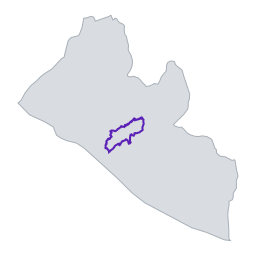 District #3, Grand Bassa, Liberia shown in context
{"feature_id": "62588387B53220692513074", "entity_name": "District #3", "entity_type": "district", "adm_level": 2, "iso_a3": "LBR", "parent_name": "Liberia", "parent_adm1": "Grand Bassa", "projection": "orthographic", "projection_center": [-9.497, 6.317], "detail": "fine", "context": "in_parent", "style": "outline", "palette": "violet", "viewbox_px": 256, "rotation_deg": 0, "n_neighbors": 0, "source": "geoboundaries", "source_scale": "gbopen_adm2", "svg_char_len": 6533}
<svg xmlns="http://www.w3.org/2000/svg" viewBox="0 0 256 256"><path d="M18.0,103.0L20.9,100.6L25.1,92.9L30.9,85.5L36.4,81.1L40.7,76.6L45.3,73.1L51.8,69.1L61.8,58.4L64.1,57.2L65.8,49.8L68.3,40.4L71.2,37.5L77.9,35.8L79.5,34.2L82.0,27.5L83.5,19.8L83.7,18.2L86.3,18.0L90.9,16.3L93.5,17.1L94.7,19.3L95.3,21.2L109.1,16.4L110.4,15.4L111.1,15.5L112.8,19.9L113.8,19.6L114.7,18.4L115.6,18.2L116.7,18.8L117.8,20.8L119.5,22.6L122.5,23.9L124.4,25.7L124.2,30.3L124.9,34.8L126.2,35.9L126.9,38.6L127.3,41.5L128.0,43.1L128.5,46.0L128.2,49.2L128.8,51.5L131.0,55.4L132.4,60.3L132.4,63.7L131.6,67.4L130.1,70.7L127.5,74.3L127.3,75.8L128.8,76.7L131.2,76.9L133.1,76.2L138.0,77.8L140.6,80.2L142.9,83.2L144.9,84.7L145.8,86.5L149.3,86.0L153.4,84.2L154.2,83.4L155.4,83.8L158.0,84.0L159.8,80.8L161.3,77.0L164.4,73.0L166.0,71.4L166.4,68.9L166.5,65.5L167.6,62.7L170.2,61.1L173.0,61.1L174.6,61.7L175.3,64.5L177.6,66.6L179.5,68.0L180.5,68.7L182.1,70.3L183.7,75.9L189.7,94.1L189.4,99.1L188.2,102.4L188.2,105.6L187.8,108.8L184.2,114.0L173.4,124.6L174.2,125.6L176.8,126.8L179.4,127.4L181.6,127.1L184.3,129.7L187.2,133.1L190.3,134.8L194.8,136.3L198.7,136.5L202.0,135.9L206.7,136.5L211.7,139.3L213.4,143.8L214.7,147.8L216.4,149.8L216.6,153.2L220.2,156.2L225.2,156.8L231.8,160.3L233.5,160.2L234.2,159.7L235.0,160.4L236.7,170.6L238.0,176.0L237.3,178.2L236.4,179.9L236.4,188.2L233.4,193.0L233.0,198.2L232.1,199.9L229.0,201.4L229.0,205.4L228.1,210.2L227.8,215.3L228.8,228.7L228.9,238.8L230.4,240.6L224.2,239.8L206.0,232.2L192.0,227.9L145.1,203.0L132.1,192.9L117.1,178.0L83.8,147.8L76.2,143.0L66.6,140.6L60.7,138.0L56.6,135.2L53.2,126.9L44.9,121.9L29.5,114.8L18.0,103.0Z" fill="#d9dde1" stroke="#a8b0b8" stroke-width="1"/><path d="M134.2,118.6L134.3,118.8L134.3,119.0L134.2,119.4L133.9,119.5L133.7,119.6L133.4,119.7L133.3,119.8L133.1,120.1L132.7,120.2L132.4,120.3L132.2,120.6L132.3,120.8L132.3,121.0L131.7,121.7L131.4,121.9L131.2,122.1L130.9,122.2L130.7,121.7L129.9,122.4L129.4,122.8L129.4,123.1L129.1,123.6L129.0,123.8L128.7,124.1L128.2,124.0L128.1,123.9L127.9,123.9L127.9,124.2L128.0,124.4L128.0,124.6L127.9,124.7L127.7,124.7L127.4,124.4L127.1,124.4L127.0,124.5L127.0,124.8L127.0,125.0L126.8,125.1L126.7,125.1L126.5,124.8L126.4,124.8L126.4,125.2L126.4,125.4L126.2,125.5L125.8,125.3L125.7,125.2L125.4,125.0L125.1,125.0L125.1,125.3L125.3,125.5L125.2,125.7L125.3,125.8L125.3,126.0L125.2,126.0L124.9,125.9L124.7,125.9L124.6,126.0L124.4,126.3L124.2,126.5L124.2,126.9L123.6,126.7L123.4,126.8L123.1,126.9L122.9,126.9L122.6,126.6L122.4,126.6L122.0,126.3L121.8,126.3L121.7,126.2L120.9,126.4L120.9,126.6L120.9,126.8L121.0,127.1L120.8,127.3L120.5,127.4L120.1,127.5L119.8,127.7L119.3,128.1L119.2,128.3L118.9,128.5L118.5,128.6L118.2,128.8L117.7,129.0L117.5,129.3L117.5,129.6L117.4,129.8L116.8,130.1L116.5,130.3L116.3,130.6L116.2,130.6L115.7,130.9L115.3,131.1L115.0,131.2L114.6,131.1L114.1,130.8L113.2,130.5L112.9,130.5L112.7,130.6L112.3,130.6L111.9,130.6L111.5,130.5L111.3,130.6L111.1,130.8L110.6,130.9L110.6,131.2L110.4,131.7L110.6,131.9L110.9,131.8L111.2,131.8L111.4,132.0L111.5,132.2L111.6,132.5L111.6,132.8L111.4,133.1L111.1,133.4L110.7,134.0L110.4,134.7L110.3,135.1L110.5,135.2L110.8,135.3L110.9,135.6L111.1,135.8L111.1,136.0L111.4,136.4L111.6,136.6L111.5,136.9L111.4,137.0L111.1,137.1L110.8,137.2L110.5,137.5L110.4,137.7L110.4,138.0L110.1,138.3L109.9,138.5L109.8,138.9L109.7,139.0L109.4,139.1L109.1,139.0L108.8,138.6L108.6,138.6L108.4,138.6L108.1,138.8L108.1,139.0L108.0,139.3L107.7,139.9L107.6,140.0L107.4,139.8L107.2,140.0L107.2,140.3L107.0,140.5L106.7,140.8L106.5,141.1L106.3,141.3L106.4,141.7L106.4,142.2L106.6,142.4L106.7,142.7L106.6,143.0L106.3,143.2L106.2,143.4L106.6,143.7L106.6,143.9L106.3,144.4L106.2,144.6L105.9,144.8L105.6,145.0L105.5,145.5L105.6,146.1L105.6,146.8L105.6,147.2L105.4,148.0L105.5,148.1L105.7,148.3L106.1,148.3L106.7,148.2L107.1,148.3L107.3,148.6L107.4,149.1L107.7,149.5L108.5,150.2L108.9,150.5L108.8,151.0L109.0,151.2L109.1,151.9L109.1,152.0L110.0,151.3L110.3,150.9L110.5,150.5L110.9,150.2L111.2,150.0L111.6,149.8L111.9,149.5L112.2,149.2L113.4,148.4L113.4,148.2L113.6,147.9L113.9,147.4L114.1,147.1L114.3,147.1L114.5,146.9L114.7,146.2L115.0,145.9L115.2,145.7L115.7,145.3L116.0,145.2L116.8,144.7L117.1,144.5L117.5,144.2L117.9,144.0L118.3,143.8L118.7,143.7L119.1,143.6L119.3,143.6L119.2,143.9L118.9,144.3L118.9,144.6L119.1,144.7L119.2,145.0L119.4,145.1L119.6,145.2L119.8,144.9L120.0,144.6L120.1,144.4L120.3,144.4L120.3,144.2L120.5,143.7L120.7,143.4L121.0,143.1L121.1,142.9L121.3,142.6L121.4,142.3L121.6,142.2L122.2,141.2L122.3,141.1L122.5,141.2L123.1,141.1L123.3,141.1L124.1,140.7L124.3,140.6L124.4,140.4L124.7,140.4L125.0,140.3L125.3,140.2L125.6,139.9L125.9,139.3L126.2,139.3L126.6,139.6L127.2,140.1L127.5,140.4L128.1,141.6L128.4,142.2L128.6,143.2L128.7,143.4L128.9,143.5L129.1,143.4L129.3,143.4L129.3,143.5L129.5,143.4L129.9,143.3L130.1,143.1L130.1,142.7L130.4,142.5L130.3,142.4L130.4,142.1L130.4,141.9L130.2,141.5L130.2,141.4L130.0,141.1L130.0,140.9L129.9,140.7L130.0,140.3L129.9,140.2L129.9,139.7L129.8,139.4L129.9,139.2L130.0,139.2L130.0,138.8L130.0,138.5L130.0,138.1L130.0,137.9L130.0,137.7L130.0,137.4L130.0,137.1L130.1,136.9L130.3,136.8L130.3,136.5L130.3,136.4L130.4,135.9L130.3,135.7L130.3,135.4L130.5,135.1L130.7,134.5L130.8,134.4L130.8,134.2L130.9,134.4L131.1,134.5L131.3,134.3L131.5,134.4L131.5,134.5L131.9,134.8L131.9,135.0L132.0,135.0L132.4,135.2L132.5,135.3L133.0,135.4L133.3,135.4L133.6,135.5L133.7,135.4L133.8,135.5L134.2,134.8L134.3,134.7L134.5,134.3L134.4,133.9L134.4,133.6L134.5,133.2L134.9,133.1L135.1,133.1L135.6,133.0L135.9,133.1L136.2,133.1L136.6,133.2L136.9,133.2L137.3,133.1L137.5,132.9L137.9,132.7L138.3,132.6L139.0,132.5L139.3,132.4L139.5,132.4L139.9,132.1L140.4,131.5L140.7,131.3L141.0,131.1L141.5,130.9L141.8,130.7L142.7,129.9L142.6,129.6L142.6,129.4L142.5,129.1L142.4,128.2L142.4,127.6L142.5,127.1L142.7,126.3L143.1,125.8L143.3,124.7L143.6,124.2L143.7,123.6L143.3,121.2L143.5,119.7L142.5,118.4L142.5,118.5L142.4,118.4L142.3,118.2L142.1,118.0L142.0,118.3L142.0,118.5L141.9,118.6L141.7,118.7L141.3,118.2L141.1,118.0L141.0,117.8L140.8,117.8L140.8,118.0L140.6,118.1L140.8,118.3L140.8,118.5L140.7,118.6L140.4,118.5L140.2,118.6L139.9,118.7L139.8,118.8L139.7,118.8L139.5,118.7L139.4,118.7L139.2,118.6L138.9,118.8L138.9,119.0L138.7,119.0L138.3,119.3L138.1,119.4L137.7,119.2L137.5,119.3L137.3,119.5L137.1,119.7L136.4,119.8L136.2,119.9L135.8,119.9L135.5,120.1L135.1,120.2L135.1,119.9L135.4,119.4L135.4,119.2L135.2,119.1L134.9,118.9L134.6,118.5L134.3,118.4L134.1,118.5L134.2,118.6Z" fill="none" stroke="#5b21b6" stroke-width="2"/></svg>